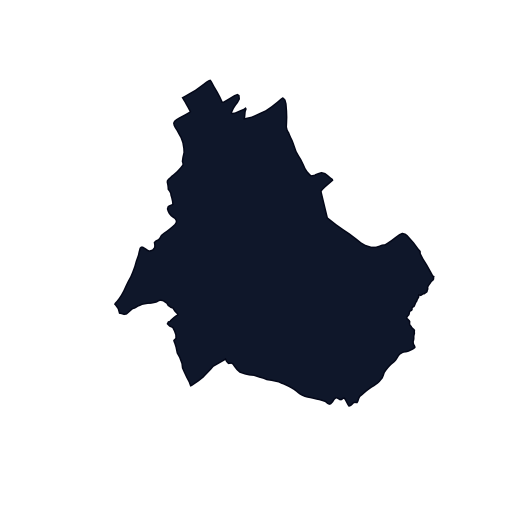 the district of Svay Antor, Prey Vêng, Cambodia, rotated 152°
{"feature_id": "14789045B38642504760800", "entity_name": "Svay Antor", "entity_type": "district", "adm_level": 2, "iso_a3": "KHM", "parent_name": "Cambodia", "parent_adm1": "Prey Vêng", "projection": "albers", "projection_center": [105.453, 11.505], "detail": "fine", "context": "isolated", "style": "filled", "palette": "ink", "viewbox_px": 512, "rotation_deg": 152, "n_neighbors": 0, "source": "geoboundaries", "source_scale": "gbopen_adm2", "svg_char_len": 5473}
<svg xmlns="http://www.w3.org/2000/svg" viewBox="0 0 512 512"><g transform="rotate(152 256 256)"><path d="M246.5,430.2L246.4,428.9L246.4,427.7L246.2,425.6L246.2,422.7L246.1,419.2L246.1,416.3L246.0,414.5L247.0,414.0L248.6,413.9L251.7,413.8L255.2,413.8L258.8,413.8L262.2,413.6L264.6,413.1L266.2,411.9L266.8,409.9L266.9,407.3L266.6,403.9L266.6,399.6L266.5,395.7L267.3,390.3L269.2,384.7L270.9,381.1L274.1,377.4L276.5,374.1L276.9,372.1L277.7,370.6L281.3,369.0L286.2,367.3L290.8,366.2L292.9,365.9L294.6,365.3L297.0,364.8L298.8,364.0L299.6,362.9L300.4,360.1L301.3,357.8L302.1,356.1L301.7,353.6L301.8,351.1L302.4,349.8L303.0,346.8L304.0,343.3L305.1,340.6L306.4,340.6L309.2,340.9L310.4,340.7L312.0,339.1L312.4,337.0L312.5,334.3L311.9,331.4L310.9,329.2L309.8,327.2L309.6,325.0L310.3,323.2L312.8,321.7L316.0,320.9L319.4,320.2L322.7,319.6L326.2,319.2L329.8,318.5L332.3,316.9L334.3,316.1L337.3,316.2L339.3,315.6L340.2,313.0L341.4,311.0L344.4,309.7L347.8,310.3L349.0,311.7L350.1,313.9L351.9,316.9L353.1,317.6L354.6,317.2L357.3,314.3L359.2,312.0L360.7,310.6L364.0,307.6L367.9,303.5L372.6,299.3L376.3,296.3L380.6,293.5L384.3,290.8L385.1,290.2L389.0,287.2L393.1,284.5L396.6,282.6L399.9,281.1L402.3,280.3L403.2,279.7L402.9,278.7L402.6,276.4L402.3,274.2L402.5,273.2L403.3,269.6L402.0,268.6L399.8,266.4L397.6,265.7L394.6,266.4L391.7,267.1L389.8,267.5L388.5,267.3L387.7,267.1L386.2,267.1L383.8,267.3L381.7,267.0L379.2,266.9L376.1,265.9L373.7,265.1L371.0,263.8L369.1,263.2L367.0,262.6L365.4,262.2L362.7,262.3L361.0,261.8L358.8,260.0L358.2,258.8L357.7,257.8L356.8,256.2L356.7,253.5L356.0,252.3L355.2,250.6L353.7,249.0L353.5,246.1L353.4,245.2L352.3,241.5L352.7,240.6L354.5,240.6L357.0,240.2L359.5,239.6L361.5,239.1L362.3,238.5L364.3,238.9L366.0,237.7L365.1,234.7L363.0,232.0L363.1,227.9L363.7,224.0L365.3,220.8L368.1,220.0L368.4,218.9L368.6,216.9L369.3,213.1L371.0,207.3L370.9,202.3L371.8,195.7L373.4,191.6L373.7,187.3L374.0,181.5L374.0,176.1L374.6,172.1L373.7,172.0L365.4,172.9L361.6,173.6L359.4,174.0L357.8,174.6L348.9,177.5L347.2,178.2L345.6,178.8L332.7,179.2L331.3,179.4L331.4,176.8L330.7,174.1L327.9,173.0L327.0,171.4L326.7,168.6L326.0,164.6L324.7,161.0L320.9,157.0L317.5,154.1L313.8,151.7L309.5,147.2L308.8,146.6L306.6,144.5L304.4,141.8L300.6,139.0L294.9,134.2L293.0,131.6L292.4,131.0L291.5,130.0L290.3,128.4L288.2,125.6L286.5,123.0L284.5,119.7L284.4,119.1L283.7,117.9L282.9,115.8L282.0,113.8L280.6,111.6L278.7,109.2L276.9,107.5L274.4,105.5L272.3,103.7L269.4,101.1L267.4,99.5L265.2,97.3L263.0,95.0L261.9,92.3L260.8,90.8L259.5,90.5L256.8,91.4L254.4,92.8L251.9,93.4L250.7,92.2L249.2,89.7L247.8,89.1L246.1,89.5L244.7,89.0L244.5,86.9L244.5,84.4L244.5,81.5L244.3,79.9L243.5,79.7L242.2,79.7L240.3,80.2L238.9,80.7L237.5,80.4L236.3,79.6L235.6,79.2L234.2,80.1L233.0,81.3L231.5,82.6L230.2,83.4L227.4,83.9L225.0,84.5L222.3,85.1L220.1,85.5L217.8,85.8L215.5,86.1L212.8,86.2L210.7,86.5L208.4,86.8L206.1,87.4L204.2,88.2L201.9,89.1L199.7,90.9L197.5,93.0L194.6,94.5L191.8,95.7L189.6,96.5L187.2,97.2L184.0,97.8L181.8,98.5L180.3,99.3L178.4,100.4L177.1,101.2L175.8,101.7L174.8,102.0L173.8,102.0L172.8,102.1L171.8,102.1L170.6,101.9L169.8,101.6L168.8,101.2L167.9,100.9L166.0,100.5L163.9,100.4L162.3,100.3L161.3,100.3L160.0,100.4L158.7,100.7L158.4,101.4L158.3,102.5L158.4,103.8L158.2,104.9L157.7,106.2L157.3,106.9L156.2,108.0L155.3,109.3L154.5,110.9L153.6,112.1L152.5,113.3L151.9,114.7L151.0,116.1L151.2,117.1L151.8,118.6L152.2,120.2L152.1,121.1L152.6,122.4L152.3,124.0L151.1,126.0L151.1,126.8L151.7,129.0L152.2,130.1L151.5,131.2L150.6,131.7L148.6,132.4L147.5,133.6L146.5,134.9L145.2,135.1L144.2,135.0L143.3,135.6L143.0,136.4L142.3,137.1L141.4,137.3L140.2,137.3L138.7,138.4L137.6,139.4L136.3,140.3L135.4,140.7L134.6,141.4L134.0,142.0L133.0,142.6L132.1,143.1L131.5,143.6L131.1,144.6L130.5,145.3L129.9,144.9L129.4,144.1L128.4,143.9L126.9,144.1L126.0,144.1L125.1,143.7L123.5,144.0L122.2,144.1L121.6,144.5L121.1,145.2L120.4,145.7L119.7,146.5L119.4,147.5L118.3,148.6L116.7,149.5L115.4,150.1L114.6,150.5L113.4,151.2L111.8,151.6L111.1,151.7L110.0,152.4L109.4,153.6L108.7,154.4L109.4,155.4L109.4,158.6L109.6,168.1L110.1,175.2L110.0,180.9L109.0,183.1L109.7,186.0L110.8,193.5L113.1,203.1L114.1,205.2L115.5,206.5L116.2,207.2L119.3,207.4L124.3,206.7L129.1,205.9L134.0,205.4L136.8,205.2L139.6,206.3L141.2,206.5L142.4,206.6L145.9,207.3L150.2,209.5L154.7,214.1L157.3,218.3L159.6,223.7L163.3,231.7L166.7,238.0L170.8,246.1L173.5,252.3L174.7,255.0L175.2,256.2L168.4,282.5L166.5,283.6L162.8,284.7L158.4,285.7L155.3,286.4L153.6,286.8L152.9,286.9L152.7,287.8L153.8,290.0L155.1,293.4L156.5,296.4L159.1,298.8L162.2,299.4L165.3,299.8L165.8,299.5L168.3,300.3L169.9,300.9L170.6,303.1L171.5,306.6L171.8,310.4L171.5,314.1L171.3,319.9L171.6,324.9L171.7,329.4L171.1,333.3L170.4,337.8L170.0,341.0L169.9,344.5L169.7,346.9L169.6,348.3L169.4,349.0L169.5,350.1L169.5,352.7L168.7,355.7L166.5,359.4L163.8,364.1L161.1,369.6L158.2,376.2L157.3,380.1L157.8,382.0L158.2,382.9L160.1,382.7L164.9,381.6L172.1,380.3L179.3,379.5L185.3,379.9L191.2,380.2L194.7,380.5L199.7,381.9L202.0,382.6L200.5,384.6L198.8,387.2L197.9,388.6L195.9,390.5L195.9,391.4L197.8,391.1L201.7,391.5L207.3,391.9L210.3,393.0L210.6,393.8L209.6,394.9L206.7,397.1L203.5,398.9L200.4,400.3L197.1,402.5L195.8,405.6L196.6,407.2L199.7,407.6L204.9,407.3L209.1,407.1L212.7,407.0L213.7,407.7L213.4,413.5L213.4,418.9L213.7,425.4L213.7,430.6L213.9,432.5L215.0,432.8L217.8,432.7L224.0,431.7L231.7,430.6L238.6,430.4L243.3,430.2L246.5,430.2Z" fill="#0f172a" stroke="#020617" stroke-width="1.5"/></g></svg>